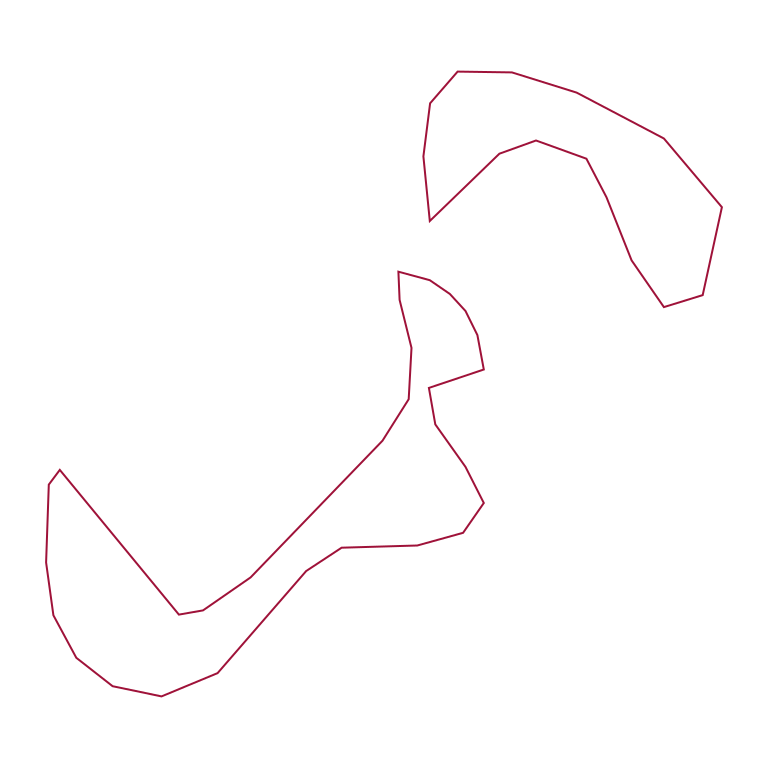 the border of Koror
{"feature_id": "PLW-5249", "entity_name": "Koror", "entity_type": "state/province", "adm_level": 1, "iso_a3": "PLW", "parent_name": "Palau", "parent_adm1": "", "projection": "natural_earth1", "projection_center": [134.442, 7.291], "detail": "fine", "context": "isolated", "style": "outline", "palette": "rose", "viewbox_px": 768, "rotation_deg": 0, "n_neighbors": 0, "source": "natural_earth", "source_scale": "10m", "svg_char_len": 671}
<svg xmlns="http://www.w3.org/2000/svg" viewBox="0 0 768 768"><path d="M483.8,369.5L428.9,387.9L435.3,424.4L465.5,466.9L483.8,503.0L463.1,532.8L417.3,545.5L341.6,547.7L306.2,571.0L217.6,673.1L161.5,696.4L112.6,686.2L76.3,657.8L53.4,615.3L46.1,562.5L48.8,484.6L59.8,469.9L178.9,614.6L203.0,610.4L250.6,577.4L382.5,440.7L408.7,399.2L411.5,347.9L399.6,299.9L398.4,271.7L429.8,280.2L449.9,294.0L465.5,311.0L477.4,335.1L483.8,369.5ZM511.9,72.4L576.6,92.6L663.9,138.5L721.9,207.2L702.7,295.1L663.9,307.1L631.6,260.4L606.5,197.3L586.4,158.7L536.0,140.5L499.4,153.7L429.8,221.0L423.4,156.4L430.1,103.3L457.6,71.6L511.9,72.4Z" fill="none" stroke="#9f1239" stroke-width="2"/></svg>